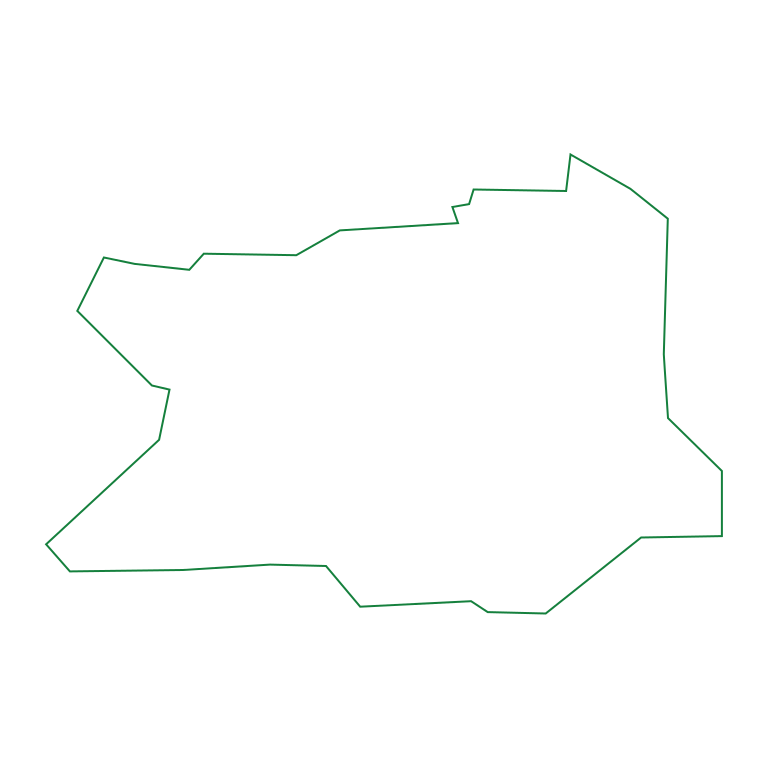 outline of Kurbin, Lezhë, Albania
{"feature_id": "67620474B66777869203493", "entity_name": "Kurbin", "entity_type": "district", "adm_level": 2, "iso_a3": "ALB", "parent_name": "Albania", "parent_adm1": "Lezhë", "projection": "equal_earth", "projection_center": [19.688, 41.625], "detail": "fine", "context": "isolated", "style": "outline", "palette": "green", "viewbox_px": 768, "rotation_deg": 0, "n_neighbors": 0, "source": "geoboundaries", "source_scale": "gbopen_adm2", "svg_char_len": 544}
<svg xmlns="http://www.w3.org/2000/svg" viewBox="0 0 768 768"><path d="M103.9,257.5L77.3,310.9L151.9,385.5L169.5,389.6L159.1,439.8L46.1,544.3L69.9,571.4L182.9,570.0L270.0,564.6L326.0,566.0L360.2,606.7L471.1,601.2L487.7,612.1L545.7,613.5L641.1,537.5L721.9,536.1L721.9,471.0L668.0,418.1L664.7,368.5L663.8,354.3L665.4,299.8L667.8,218.7L630.5,188.9L570.5,154.5L566.1,191.0L473.6,189.5L469.1,204.1L452.4,207.0L458.0,223.1L339.8,230.4L296.3,255.2L203.8,253.7L189.3,269.8L134.7,263.9L103.9,257.5Z" fill="none" stroke="#15803d" stroke-width="2"/></svg>